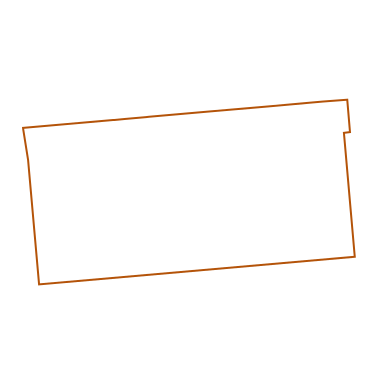 Deuel, Nebraska, United States of America, rotated 175°
{"feature_id": "52423323B45543435698504", "entity_name": "Deuel", "entity_type": "district", "adm_level": 2, "iso_a3": "USA", "parent_name": "United States of America", "parent_adm1": "Nebraska", "projection": "natural_earth1", "projection_center": [-102.339, 41.112], "detail": "fine", "context": "isolated", "style": "outline", "palette": "amber", "viewbox_px": 384, "rotation_deg": 175, "n_neighbors": 0, "source": "geoboundaries", "source_scale": "gbopen_adm2", "svg_char_len": 517}
<svg xmlns="http://www.w3.org/2000/svg" viewBox="0 0 384 384"><g transform="rotate(175 192 192)"><path d="M352.4,113.3L35.5,113.3L35.5,237.7L29.4,237.9L29.3,270.4L53.5,270.7L55.2,270.7L55.3,270.7L60.7,270.7L66.0,270.7L105.4,270.6L115.3,270.6L116.1,270.6L167.3,270.7L176.2,270.7L216.9,270.7L217.0,270.7L217.7,270.7L228.7,270.7L231.2,270.6L251.7,270.6L263.0,270.5L264.6,270.6L275.0,270.6L312.8,270.6L343.9,270.6L354.7,270.6L354.7,269.5L352.5,238.2L352.4,113.3Z" fill="none" stroke="#b45309" stroke-width="2"/></g></svg>